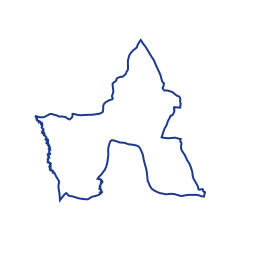 the district of Kamchay Mear, Prey Vêng, Cambodia, rotated 196°
{"feature_id": "14789045B61124482761817", "entity_name": "Kamchay Mear", "entity_type": "district", "adm_level": 2, "iso_a3": "KHM", "parent_name": "Cambodia", "parent_adm1": "Prey Vêng", "projection": "robinson", "projection_center": [105.67, 11.575], "detail": "fine", "context": "isolated", "style": "outline", "palette": "blue", "viewbox_px": 256, "rotation_deg": 196, "n_neighbors": 0, "source": "geoboundaries", "source_scale": "gbopen_adm2", "svg_char_len": 5805}
<svg xmlns="http://www.w3.org/2000/svg" viewBox="0 0 256 256"><g transform="rotate(196 128 128)"><path d="M219.4,113.2L219.0,113.3L218.8,112.8L218.9,112.4L218.6,111.8L218.0,112.2L217.8,111.4L217.9,111.0L217.7,110.8L217.7,110.5L217.4,110.4L217.1,110.0L216.3,109.9L215.9,110.3L215.5,110.2L215.2,110.0L215.2,109.7L215.1,109.3L214.8,109.7L214.6,109.6L214.2,109.6L214.0,109.8L213.6,109.4L213.6,109.0L213.3,108.6L213.2,109.2L212.6,108.9L212.3,109.2L211.9,108.9L211.8,108.7L212.3,108.3L211.6,107.1L211.3,107.3L211.1,107.2L211.0,106.8L211.4,106.6L211.0,105.3L211.1,104.6L210.4,104.3L210.1,104.0L209.6,103.9L209.2,103.7L209.0,103.4L209.0,103.0L208.7,102.8L208.6,102.1L208.7,101.7L208.9,101.4L209.1,101.8L209.4,101.7L209.4,100.4L209.1,100.6L208.9,100.2L208.9,99.9L208.7,99.6L208.3,99.7L208.0,100.1L207.3,100.3L207.1,99.7L207.4,99.8L207.5,99.0L206.5,99.0L206.4,98.6L206.7,98.3L206.7,97.9L206.2,97.9L205.8,97.8L205.2,97.5L205.1,97.0L203.9,96.6L203.2,95.3L203.8,95.1L204.1,94.2L203.6,94.1L202.8,94.4L202.9,93.9L202.8,93.5L202.1,93.1L201.8,93.3L201.4,93.8L201.1,92.6L201.4,92.2L201.9,92.6L202.2,91.5L202.2,91.2L201.8,91.3L201.4,91.3L201.6,90.9L201.1,90.4L200.8,90.4L200.8,90.8L200.5,91.1L200.2,90.9L199.5,89.9L200.0,89.4L199.7,89.0L199.3,88.8L199.2,89.3L198.8,89.3L198.7,88.9L198.2,88.2L197.6,87.8L197.7,87.3L198.2,87.1L198.1,86.7L198.5,86.4L198.3,85.8L197.9,85.6L197.6,85.9L197.1,86.1L196.8,85.7L197.3,85.5L197.3,85.0L197.0,85.0L197.4,83.9L197.3,83.3L196.7,82.3L195.8,82.0L195.7,81.6L196.1,81.6L196.4,81.3L196.6,80.7L197.5,81.3L197.7,81.1L197.0,80.4L197.0,80.1L197.2,79.8L197.5,79.6L197.1,79.2L196.5,79.0L196.2,78.8L196.5,78.2L196.5,77.8L195.7,77.6L196.1,77.1L196.2,76.7L196.1,76.3L196.6,75.9L196.5,75.5L196.2,75.1L196.2,74.7L196.0,74.3L196.0,73.6L195.8,73.2L195.3,73.4L195.2,72.8L194.7,72.8L194.1,73.2L192.6,72.5L193.1,72.0L192.4,71.1L192.1,70.9L192.3,70.6L192.6,70.4L192.9,70.1L192.9,69.3L192.1,69.5L191.8,69.3L192.1,69.0L191.3,67.8L191.6,67.5L191.9,67.5L191.7,66.7L191.0,66.9L190.8,66.2L190.3,66.4L190.0,66.4L189.9,66.0L189.1,66.3L188.7,66.3L188.4,65.8L188.3,64.9L188.0,64.6L187.9,65.0L187.1,65.0L186.5,64.7L185.9,64.0L183.2,61.1L180.2,58.4L179.4,57.4L178.9,52.9L177.5,49.6L175.9,46.3L173.5,39.9L173.0,41.2L170.7,46.7L169.7,48.2L169.3,48.4L168.2,47.9L167.2,46.9L165.9,46.6L161.5,47.0L157.0,46.8L154.0,47.0L148.2,48.0L146.7,48.6L145.6,49.8L144.5,51.2L142.7,52.5L138.3,55.1L137.4,55.9L136.9,57.0L136.4,57.1L136.1,57.4L136.4,58.1L137.0,58.4L136.7,58.6L136.2,58.4L136.1,58.9L135.7,58.8L135.3,59.1L135.6,59.5L136.0,59.4L136.3,60.0L136.4,60.6L136.8,60.8L137.0,61.3L137.3,61.1L137.6,61.5L138.1,62.0L138.7,61.7L138.8,62.0L138.8,62.3L138.4,63.0L138.7,63.4L138.4,63.6L138.4,64.1L138.7,64.2L139.0,63.9L139.1,64.2L138.7,64.6L138.9,65.0L138.7,66.6L138.5,66.9L138.9,67.2L138.8,67.8L138.6,68.1L138.7,68.5L137.7,68.7L137.7,69.1L138.3,70.0L138.8,70.1L139.3,69.9L139.5,70.9L139.8,71.1L140.6,71.2L141.1,71.0L141.6,70.6L142.0,70.7L142.2,71.3L142.5,71.6L143.1,71.2L142.8,72.5L140.8,76.0L140.2,77.6L138.9,81.0L138.3,84.5L138.3,87.9L138.6,91.2L139.7,97.5L140.7,100.3L141.3,102.7L141.5,104.8L141.5,108.6L141.4,109.8L141.1,110.7L140.3,111.8L138.3,112.1L133.7,112.0L131.9,111.8L127.4,112.8L124.3,112.6L122.4,112.6L117.6,113.4L114.1,113.5L112.5,113.0L111.3,112.2L109.8,110.7L107.0,107.3L105.7,105.2L104.5,102.5L101.2,96.8L100.3,95.5L98.7,92.8L97.0,88.9L94.4,82.3L93.6,81.7L91.6,79.1L90.4,77.8L89.0,76.6L88.0,76.0L86.9,75.6L85.4,75.1L84.0,74.8L80.5,74.3L79.0,74.2L77.1,74.5L74.3,74.6L73.0,74.8L69.1,76.4L66.3,77.1L64.8,77.3L62.2,77.2L60.2,77.3L59.3,77.1L57.3,77.6L52.3,80.1L44.6,82.4L41.4,82.9L39.2,82.6L37.0,82.8L36.1,83.1L36.2,83.9L36.2,86.5L36.3,87.6L36.9,87.8L37.6,87.6L38.2,87.9L38.9,89.1L39.4,89.8L40.5,89.4L41.6,88.7L42.7,88.3L43.3,88.5L43.8,89.2L44.3,90.5L46.2,92.7L51.2,97.5L52.6,99.8L53.7,102.6L54.6,104.3L56.8,107.6L57.4,108.4L58.3,109.7L60.8,112.1L62.5,113.5L63.4,114.8L66.6,118.3L68.2,119.5L69.7,120.9L71.3,122.9L71.9,124.6L72.4,127.9L72.8,128.7L74.0,129.3L74.3,130.6L74.3,131.9L74.9,131.8L80.5,131.6L82.0,130.9L86.6,129.2L89.2,128.7L92.9,128.2L93.2,128.3L93.0,130.2L93.0,132.9L92.7,137.9L92.0,139.8L91.6,143.1L91.6,145.5L90.9,148.4L90.5,151.2L90.4,151.7L89.2,152.1L88.4,153.7L88.2,155.6L88.1,157.6L89.1,158.9L89.5,160.4L88.7,161.0L87.8,160.8L87.5,161.1L85.5,161.6L83.6,161.8L83.4,162.3L83.9,164.1L84.0,165.9L84.7,166.7L85.4,168.2L85.4,169.4L86.3,171.3L87.3,172.2L88.0,172.5L89.2,172.4L89.9,172.6L91.7,173.2L92.9,173.8L95.2,174.7L97.3,174.9L99.0,174.8L99.9,175.0L103.3,174.1L104.3,174.5L105.8,176.0L105.4,178.3L105.8,181.0L106.8,181.3L107.5,181.8L108.4,182.8L111.1,187.4L113.3,190.2L117.8,195.3L121.9,200.4L124.8,202.8L133.5,210.9L137.1,213.5L138.3,214.7L140.0,216.1L140.4,215.0L141.0,212.9L141.4,211.6L141.7,210.2L141.7,208.2L141.9,207.7L142.3,207.0L144.6,203.9L145.0,203.0L145.9,201.1L146.7,198.7L146.8,196.5L146.6,192.5L146.0,190.4L144.6,185.9L144.2,183.9L144.3,183.3L144.9,181.6L144.9,179.8L145.3,178.9L146.3,177.2L147.5,175.7L148.2,175.4L149.5,175.1L149.9,174.8L151.4,173.5L152.2,172.8L152.5,172.0L152.6,171.4L152.3,171.0L152.7,169.9L153.2,169.1L154.0,168.2L154.5,167.4L154.9,166.7L155.0,166.2L154.8,165.6L153.6,162.5L152.4,159.9L152.1,158.4L152.1,155.6L152.3,154.4L152.0,153.7L151.1,152.9L150.8,152.1L151.1,151.3L151.9,150.7L152.9,150.1L153.9,149.3L156.0,147.2L156.9,146.0L157.6,144.7L157.9,143.4L157.9,142.3L157.1,139.5L156.7,137.1L156.8,136.3L157.1,135.9L157.7,135.4L158.4,134.6L159.2,134.0L164.7,131.4L167.2,130.5L169.3,129.9L176.2,127.5L178.1,127.0L180.2,126.7L183.5,126.6L184.6,126.5L185.2,126.3L184.7,124.4L184.7,123.2L185.3,121.7L186.4,120.2L186.8,120.1L188.0,120.3L190.9,121.2L193.9,121.0L197.6,120.0L199.3,120.4L200.8,120.5L202.4,120.3L204.3,120.5L205.8,120.3L206.9,119.9L211.0,115.9L212.6,114.9L214.4,114.4L216.3,114.0L219.8,114.0L219.9,113.4L219.4,113.2Z" fill="none" stroke="#1e3a8a" stroke-width="2"/></g></svg>